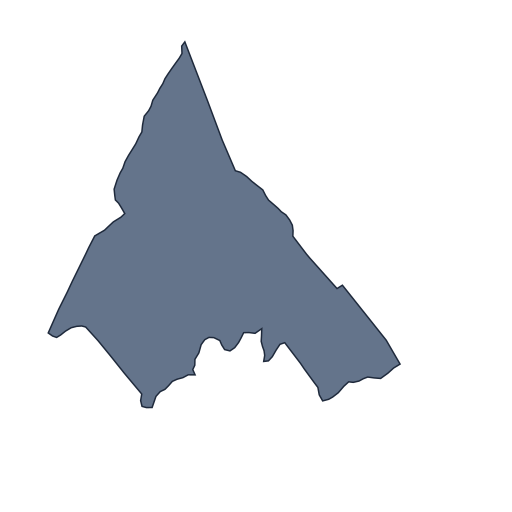 the district of Itajuípe, Bahia, Brazil, rotated 19°
{"feature_id": "56859067B68754301032545", "entity_name": "Itajuípe", "entity_type": "district", "adm_level": 2, "iso_a3": "BRA", "parent_name": "Brazil", "parent_adm1": "Bahia", "projection": "robinson", "projection_center": [-39.441, -14.658], "detail": "fine", "context": "isolated", "style": "filled", "palette": "slate", "viewbox_px": 512, "rotation_deg": 19, "n_neighbors": 0, "source": "geoboundaries", "source_scale": "gbopen_adm2", "svg_char_len": 1882}
<svg xmlns="http://www.w3.org/2000/svg" viewBox="0 0 512 512"><g transform="rotate(19 256 256)"><path d="M361.0,366.7L366.2,371.3L371.4,367.8L374.4,364.4L378.3,358.5L381.5,350.5L384.6,344.8L389.1,343.8L394.1,340.7L397.4,337.1L401.0,334.1L407.4,332.8L413.7,331.2L418.9,323.8L422.6,317.1L427.4,311.3L406.5,293.2L347.2,255.5L343.2,260.4L307.8,240.6L303.1,237.8L284.4,225.3L282.8,220.0L280.3,215.0L276.1,211.0L270.9,207.4L265.4,205.9L261.4,203.8L255.8,201.5L249.7,199.1L245.4,195.7L240.9,191.3L234.1,189.0L227.8,186.8L221.3,183.9L214.1,181.9L208.7,182.1L186.3,157.4L160.0,125.5L119.0,76.7L117.4,81.7L120.1,88.6L119.0,94.0L117.3,99.5L115.4,105.9L113.6,112.3L112.2,118.0L111.8,123.4L110.5,128.8L109.8,133.9L107.7,142.3L108.0,148.6L107.2,153.6L104.8,160.2L106.1,169.1L107.7,175.9L106.6,181.3L105.8,189.0L104.4,195.2L102.8,202.0L101.5,209.4L101.5,216.4L100.5,221.7L99.9,229.6L100.1,239.0L102.6,244.4L104.8,248.8L108.9,250.8L113.4,254.5L118.1,258.6L115.7,263.2L110.0,270.2L106.6,276.6L104.4,280.9L101.2,284.6L97.0,289.5L95.1,302.6L94.4,309.1L90.6,339.4L89.3,351.6L86.8,370.6L84.6,396.4L89.7,397.9L94.0,397.9L97.0,394.3L100.3,389.1L104.6,384.0L109.3,380.9L114.0,378.9L118.1,378.6L134.1,387.4L151.4,398.1L169.5,409.6L192.9,423.7L194.0,430.3L197.2,435.3L201.7,435.0L207.1,433.1L207.1,428.0L207.1,421.3L209.6,415.4L213.4,411.6L215.5,407.2L217.7,401.8L221.5,398.2L226.5,394.8L230.6,390.4L237.1,388.2L233.2,384.0L233.7,379.2L231.9,373.6L233.5,366.2L233.0,357.7L234.8,351.8L238.0,348.3L242.7,346.9L249.3,347.7L252.6,351.3L256.8,354.7L262.3,354.2L265.7,349.6L267.7,343.5L268.6,338.1L269.3,332.5L274.2,330.7L280.3,329.4L285.1,322.8L287.3,330.0L288.7,335.0L291.6,339.4L294.5,343.0L296.6,347.2L297.6,353.2L301.9,351.1L304.2,345.9L305.7,338.2L307.4,331.7L311.4,328.6L333.0,343.0L338.6,347.2L347.2,353.2L353.1,357.3L357.3,360.1L361.0,366.7Z" fill="#64748b" stroke="#1e293b" stroke-width="1.5"/></g></svg>